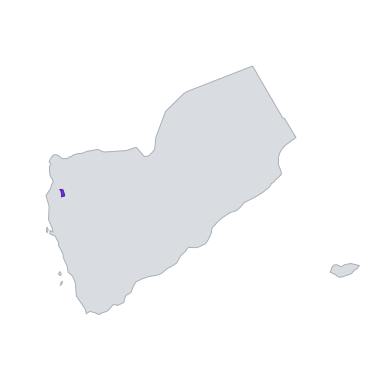 location of Qarah, Hajjah, Yemen, rotated 349°
{"feature_id": "15242507B20225444371684", "entity_name": "Qarah", "entity_type": "district", "adm_level": 2, "iso_a3": "YEM", "parent_name": "Yemen", "parent_adm1": "Hajjah", "projection": "equal_earth", "projection_center": [43.48, 16.353], "detail": "fine", "context": "in_parent", "style": "filled", "palette": "violet", "viewbox_px": 384, "rotation_deg": 349, "n_neighbors": 0, "source": "geoboundaries", "source_scale": "gbopen_adm2", "svg_char_len": 3684}
<svg xmlns="http://www.w3.org/2000/svg" viewBox="0 0 384 384"><g transform="rotate(349 192 192)"><path d="M304.4,158.3L291.9,164.2L288.6,166.9L285.7,170.2L283.5,174.3L282.0,181.5L283.3,188.1L283.2,191.6L280.0,193.9L277.0,195.6L273.7,198.2L271.6,198.8L270.0,200.9L268.1,202.3L261.1,206.0L253.4,208.9L241.3,212.3L236.6,216.1L232.3,218.6L225.8,219.4L216.9,223.0L211.9,225.8L205.8,230.5L204.4,231.9L203.4,235.3L201.5,238.3L197.8,243.1L195.0,245.6L193.2,245.8L189.5,247.1L185.3,247.4L178.0,245.7L176.2,246.9L174.7,248.8L169.1,252.1L163.5,258.7L159.4,260.5L152.7,262.6L148.0,265.4L144.9,266.5L140.8,267.0L133.3,266.8L126.2,267.8L119.6,269.6L116.5,273.2L113.0,278.8L107.3,281.1L105.9,283.2L104.1,287.3L100.4,288.4L97.0,289.1L93.5,287.3L87.0,292.3L84.6,293.1L80.8,293.3L78.2,294.4L76.3,294.1L73.9,292.1L68.8,289.7L65.1,291.3L64.8,286.5L58.7,272.1L60.0,259.5L60.0,257.7L58.8,252.1L55.1,246.9L55.3,240.4L54.0,235.8L53.1,231.0L53.4,229.8L53.5,228.6L51.6,221.3L51.0,219.8L50.8,218.2L51.4,217.1L51.3,215.7L50.4,213.4L49.3,209.2L44.4,205.8L45.4,202.6L46.4,203.7L47.7,204.7L47.9,202.6L47.9,201.1L45.9,191.6L49.0,178.9L48.0,167.5L52.6,162.9L53.8,161.6L54.5,160.3L55.6,157.7L57.1,156.9L57.6,154.2L57.6,152.8L56.6,151.6L55.9,148.4L56.1,144.4L56.4,142.7L56.9,139.6L58.5,138.5L58.9,137.6L57.6,135.6L57.8,134.5L60.5,131.2L61.6,130.2L63.4,129.2L64.8,129.2L66.4,129.8L67.9,130.7L69.3,132.4L70.7,134.3L73.0,135.0L74.6,134.8L75.8,135.6L76.9,135.2L78.1,134.2L80.0,134.3L81.8,133.2L86.7,132.6L91.5,133.0L96.5,132.1L101.4,132.1L106.4,132.2L107.6,132.3L108.6,132.9L112.9,135.8L116.1,136.4L122.5,137.2L129.4,138.0L135.4,138.8L140.4,138.1L144.6,137.5L145.8,137.6L147.0,139.4L149.6,143.9L152.0,148.1L156.2,148.3L158.9,146.7L161.8,144.5L163.6,142.8L165.6,135.9L166.9,131.5L170.0,126.5L172.5,122.4L175.9,116.9L177.8,113.8L181.5,107.8L185.0,105.5L191.8,101.0L198.5,96.6L202.9,93.7L206.6,92.4L212.9,91.2L220.2,89.9L227.5,88.6L235.4,87.1L244.1,85.6L250.1,84.5L257.7,83.1L264.0,82.0L269.7,80.9L275.5,79.9L276.6,83.2L277.8,86.5L278.9,89.9L280.1,93.2L281.2,96.5L282.4,99.8L283.5,103.2L284.7,106.5L285.9,109.8L287.0,113.2L288.2,116.5L289.3,119.8L290.5,123.2L291.7,126.5L292.8,129.8L294.0,133.2L295.1,136.4L296.9,137.5L298.0,140.6L299.6,145.0L301.2,149.4L302.8,153.9L304.4,158.3ZM323.5,293.4L325.0,293.8L327.4,292.6L334.1,292.4L342.3,296.2L340.8,297.2L339.9,298.6L336.4,299.8L332.8,302.7L322.5,304.1L319.5,303.3L316.9,300.5L312.3,296.9L314.1,294.5L314.4,293.5L315.1,292.5L317.7,290.7L320.3,291.0L323.5,293.4ZM47.6,248.3L47.3,249.0L46.8,248.8L45.2,247.0L47.0,245.0L47.9,246.9L47.6,248.3ZM42.7,203.4L41.9,204.2L41.7,202.9L42.2,199.9L43.0,199.1L43.6,201.2L43.2,202.4L42.7,203.4ZM46.8,257.3L45.1,258.3L46.3,255.6L47.4,255.1L47.7,255.2L46.8,257.3Z" fill="#d9dde1" stroke="#a8b0b8" stroke-width="1"/><path d="M63.1,164.7L63.2,164.9L63.3,165.2L63.5,165.6L63.7,165.8L63.8,166.2L63.8,166.9L63.8,167.0L63.8,167.3L63.8,167.6L63.8,167.8L63.7,168.1L63.7,168.4L63.8,168.6L63.8,168.8L63.9,169.0L63.7,169.2L63.7,169.3L63.8,169.5L63.7,169.7L63.6,169.9L63.6,170.0L63.6,170.3L63.6,170.5L63.8,170.6L63.7,170.7L63.6,170.8L63.6,171.0L63.4,171.3L63.3,171.5L63.5,171.5L63.5,171.4L63.6,171.2L63.8,171.2L64.0,171.2L64.2,171.3L64.3,171.3L64.5,171.4L64.7,171.5L64.8,171.5L65.0,171.5L65.4,171.5L65.8,171.4L65.8,171.2L65.9,170.9L66.0,170.9L66.0,170.7L65.9,170.5L65.9,170.4L65.9,170.2L66.0,170.2L66.1,170.3L66.2,170.2L66.2,169.9L66.1,169.7L66.0,169.2L65.9,168.7L65.9,168.4L66.0,168.3L66.0,168.2L65.9,168.0L65.8,167.9L65.8,167.7L65.8,167.4L65.7,167.4L65.7,167.2L65.7,166.9L65.7,166.7L65.7,166.4L65.6,166.2L65.5,165.4L65.2,165.4L64.9,165.1L64.3,164.9L64.2,164.8L63.7,164.7L63.3,164.7L63.1,164.7Z" fill="#8b5cf6" stroke="#5b21b6" stroke-width="1.5"/></g></svg>